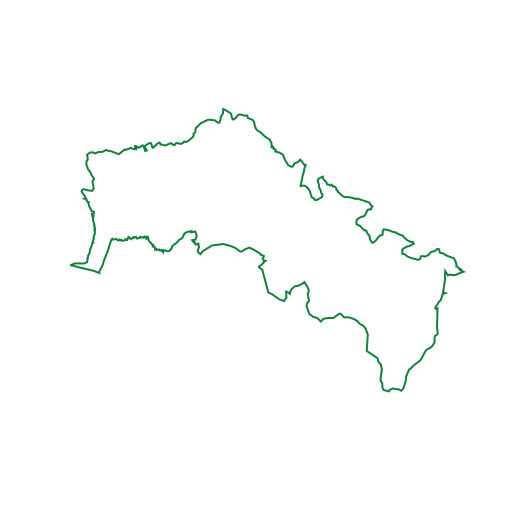 Tequila, Veracruz, Mexico, rotated 214°
{"feature_id": "50627088B92404877637147", "entity_name": "Tequila", "entity_type": "district", "adm_level": 2, "iso_a3": "MEX", "parent_name": "Mexico", "parent_adm1": "Veracruz", "projection": "orthographic", "projection_center": [-97.038, 18.75], "detail": "fine", "context": "isolated", "style": "outline", "palette": "green", "viewbox_px": 512, "rotation_deg": 214, "n_neighbors": 0, "source": "geoboundaries", "source_scale": "gbopen_adm2", "svg_char_len": 6103}
<svg xmlns="http://www.w3.org/2000/svg" viewBox="0 0 512 512"><g transform="rotate(214 256 256)"><path d="M191.9,363.7L204.1,360.3L205.3,358.8L206.3,358.9L208.7,358.0L212.9,356.2L214.9,354.7L217.1,354.1L224.4,355.1L224.7,355.8L226.5,355.9L227.6,357.2L230.5,357.5L231.2,356.6L233.2,357.4L233.8,356.1L236.6,355.6L237.0,355.1L239.4,356.7L243.2,357.4L245.0,359.2L247.0,355.8L247.5,353.7L245.7,351.8L243.4,350.2L243.0,349.1L241.8,348.0L239.2,346.6L236.7,344.4L235.2,344.3L234.3,341.4L236.6,336.9L238.1,335.4L240.1,336.0L242.9,336.0L247.9,340.1L251.2,341.3L254.6,341.6L256.2,340.8L258.1,338.9L262.5,349.3L263.2,352.0L265.1,356.4L265.7,359.2L266.9,358.6L273.2,360.7L273.7,357.8L276.0,353.6L275.4,351.1L276.5,349.8L280.1,349.3L285.8,351.9L289.0,354.0L289.3,354.7L290.9,355.0L294.5,354.8L298.3,353.5L298.8,354.9L300.0,354.7L300.5,355.2L301.2,354.8L302.6,355.8L303.0,354.9L304.2,355.0L304.4,356.4L305.8,357.3L306.4,358.5L310.3,360.2L315.2,360.0L321.4,361.1L324.6,360.9L327.0,361.3L330.2,363.6L332.2,365.9L334.8,367.0L339.8,365.9L341.8,367.6L344.0,365.9L348.5,364.4L349.7,362.8L350.0,359.5L350.8,356.7L351.8,356.2L356.6,360.1L362.1,360.0L365.3,359.4L363.1,355.8L363.0,351.4L361.7,349.3L360.9,346.1L362.5,345.2L365.9,345.5L370.9,342.9L371.9,342.1L376.0,335.3L377.3,328.9L377.2,327.7L375.5,324.6L376.2,322.4L375.1,321.2L374.8,319.6L376.6,313.3L377.9,311.2L379.6,310.8L379.5,309.5L380.9,306.9L384.7,305.5L385.5,304.6L385.5,302.6L386.1,301.8L389.5,302.1L393.2,296.7L395.7,296.1L397.4,295.0L399.0,296.1L399.5,296.0L400.6,294.2L400.9,291.9L401.6,289.9L401.5,288.5L402.1,288.1L402.8,288.2L406.2,290.8L407.4,290.1L409.2,286.5L409.5,285.0L408.9,283.9L405.8,282.7L405.6,282.1L406.2,281.4L406.7,281.1L410.6,284.3L411.8,284.4L413.4,280.6L414.2,280.2L416.5,280.1L417.7,279.5L417.2,278.5L415.3,278.1L415.0,277.5L417.5,276.1L420.5,275.6L420.5,274.9L423.5,271.0L424.3,271.0L426.7,263.7L435.2,261.7L437.7,260.4L439.4,260.2L441.8,256.2L444.9,254.0L446.8,251.0L449.4,250.6L451.4,249.0L452.3,246.6L452.5,245.4L449.4,241.9L449.5,239.8L447.9,237.1L443.4,233.8L440.9,233.1L437.7,231.2L433.6,229.6L433.3,229.3L433.4,226.5L428.5,221.5L428.1,218.6L431.2,216.8L436.3,215.1L437.1,213.1L436.7,211.9L430.1,209.4L430.0,208.5L430.5,207.5L428.3,208.2L428.3,207.6L425.6,206.6L424.7,207.1L423.9,205.5L422.2,204.0L417.8,201.6L417.1,201.3L415.3,202.1L414.2,200.7L415.6,199.2L414.3,197.9L413.0,198.5L412.7,197.7L413.2,197.2L411.1,194.5L407.2,191.3L407.4,190.7L406.2,190.0L404.7,187.7L404.5,188.2L402.2,184.6L401.3,180.9L399.8,178.9L399.6,177.1L398.5,176.3L399.2,175.9L397.8,172.0L397.9,171.0L397.5,170.8L397.3,168.7L396.4,167.6L396.4,166.7L395.5,164.8L395.4,162.4L394.4,160.8L394.6,159.9L393.8,159.2L392.6,156.2L394.5,153.5L402.0,148.6L404.7,144.4L401.8,146.0L399.4,146.5L382.7,152.8L376.4,154.3L377.2,155.1L378.0,162.6L379.5,167.0L381.4,176.0L384.2,185.5L385.1,189.1L384.7,189.9L384.1,189.4L381.1,192.0L378.7,191.8L378.2,193.5L377.1,193.2L376.6,194.0L374.9,194.0L373.9,195.3L373.7,196.7L372.7,196.6L372.7,197.1L371.8,197.2L372.3,200.2L371.4,199.9L371.3,200.5L369.0,200.0L368.1,203.2L367.3,202.7L366.4,204.7L364.1,204.0L362.6,207.0L362.1,206.5L360.4,208.3L359.6,208.4L359.4,209.8L357.1,209.2L357.4,210.1L356.2,209.9L357.2,210.9L356.2,211.3L353.3,208.6L350.3,208.1L349.0,207.3L347.5,207.8L346.8,206.1L345.3,206.9L344.7,206.7L343.4,204.9L342.7,206.0L341.5,205.6L341.3,206.3L340.5,206.4L339.8,207.3L338.4,206.8L337.8,208.0L335.0,207.2L336.1,209.2L332.1,210.4L330.5,212.1L330.5,214.3L330.1,214.4L330.8,216.9L330.6,219.3L329.4,221.5L328.7,226.5L327.2,229.5L327.9,234.8L326.3,237.7L323.4,240.4L323.0,239.4L320.0,242.3L317.8,240.8L316.2,239.1L315.4,235.8L317.8,233.4L315.3,232.5L314.8,233.3L312.5,231.7L310.6,234.0L309.2,232.2L308.2,231.6L307.6,228.9L306.6,226.9L303.1,226.4L302.7,230.6L298.3,240.2L289.7,247.7L282.9,250.0L277.5,251.1L272.4,250.8L270.3,251.6L269.3,254.5L266.3,259.2L261.4,260.0L253.6,260.3L252.3,259.6L249.7,260.5L249.0,259.2L248.9,257.5L247.9,257.4L247.1,256.4L245.5,257.2L246.7,251.2L247.7,249.3L247.4,248.4L243.1,248.1L225.4,232.7L221.0,233.3L212.8,233.1L207.4,234.3L207.8,236.0L207.4,238.3L211.1,243.3L208.6,243.8L206.7,243.6L207.9,246.6L208.0,248.1L207.2,251.7L206.5,253.0L204.5,254.8L201.9,259.4L201.4,261.4L196.7,259.5L193.6,257.6L192.2,255.5L191.9,253.4L187.0,248.5L187.2,245.5L186.1,242.7L179.2,237.7L174.6,237.6L170.5,238.9L165.6,237.9L165.0,241.6L162.0,244.5L157.2,247.9L154.7,254.8L154.3,255.1L152.6,255.4L149.3,254.4L147.8,254.9L145.1,256.9L139.5,258.5L135.5,258.7L133.2,258.0L130.6,257.8L129.1,258.2L126.2,257.7L123.8,256.6L119.4,253.4L111.1,239.2L98.1,239.2L95.4,236.7L91.7,235.8L88.0,232.0L84.0,223.7L82.3,221.8L80.2,221.1L77.5,217.5L75.1,216.3L70.1,218.1L70.3,219.7L68.8,222.4L63.2,225.2L60.1,225.6L59.8,228.5L61.8,235.9L63.9,239.5L65.3,245.3L65.5,248.0L64.9,248.9L64.1,253.3L61.7,260.3L61.4,263.4L62.3,270.8L62.1,274.0L59.9,278.0L59.5,281.0L59.7,284.3L62.7,288.8L62.9,289.7L61.9,292.2L61.9,293.3L66.0,298.0L76.0,313.7L76.2,312.6L78.4,313.1L78.7,320.9L78.1,322.5L79.9,328.9L78.3,331.1L80.6,330.5L86.5,343.0L88.1,344.8L90.7,349.3L86.0,347.2L84.8,349.1L81.6,350.4L79.4,352.5L78.4,354.6L75.2,358.9L77.9,358.6L78.6,359.6L79.1,359.6L79.6,358.6L81.7,359.5L83.4,359.7L84.1,359.4L85.3,361.4L86.4,361.9L87.0,362.9L88.2,363.2L90.4,364.8L98.3,362.9L102.5,362.7L104.9,361.7L105.9,361.8L107.5,363.7L108.3,364.0L109.8,363.1L110.1,361.0L111.7,358.6L112.6,358.0L113.4,356.2L113.7,352.9L115.7,349.9L118.3,348.9L119.0,347.9L118.4,345.1L119.4,343.5L125.5,341.3L130.0,340.3L133.7,340.6L135.5,339.8L136.1,339.8L136.9,340.9L137.5,342.4L138.2,342.8L138.3,343.8L136.0,348.5L135.1,349.1L131.9,354.3L134.1,355.4L135.1,354.4L139.3,353.7L144.3,354.3L145.7,355.0L150.3,353.7L153.6,353.7L156.1,352.5L161.6,351.2L165.1,349.4L164.6,347.1L163.1,344.7L163.1,343.8L164.9,342.0L165.3,336.0L166.1,333.1L167.2,331.9L170.9,333.7L172.2,334.8L172.3,335.7L177.3,337.5L178.3,338.5L179.3,338.6L180.4,337.8L186.7,339.1L190.3,338.5L191.3,339.5L192.7,342.4L192.4,343.7L190.6,347.7L189.0,348.6L188.5,351.2L189.2,356.2L189.0,357.2L187.7,358.4L187.0,358.5L186.7,359.2L187.4,361.2L187.1,362.2L189.0,362.4L191.9,363.7Z" fill="none" stroke="#15803d" stroke-width="2"/></g></svg>